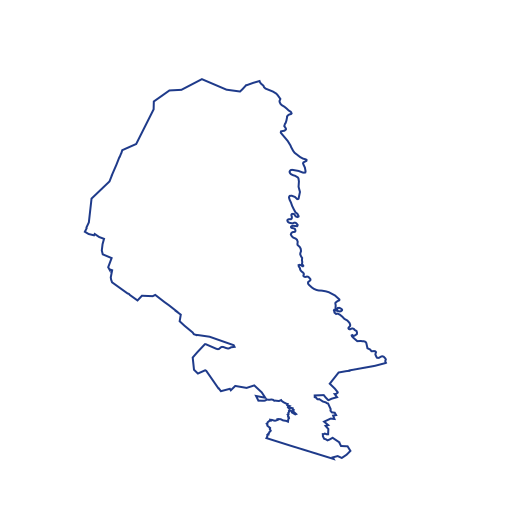 the district of Zvārtavas pag., Valkas, Latvia, rotated 27°
{"feature_id": "27541924B49399924673855", "entity_name": "Zvārtavas pag.", "entity_type": "district", "adm_level": 2, "iso_a3": "LVA", "parent_name": "Latvia", "parent_adm1": "Valkas", "projection": "robinson", "projection_center": [26.269, 57.593], "detail": "fine", "context": "isolated", "style": "outline", "palette": "blue", "viewbox_px": 512, "rotation_deg": 27, "n_neighbors": 0, "source": "geoboundaries", "source_scale": "gbopen_adm2", "svg_char_len": 6133}
<svg xmlns="http://www.w3.org/2000/svg" viewBox="0 0 512 512"><g transform="rotate(27 256 256)"><path d="M348.0,413.5L373.1,409.3L417.3,401.6L415.8,400.6L419.6,397.2L424.1,397.0L424.4,396.5L426.9,392.0L428.6,386.8L424.0,384.0L418.0,386.7L415.0,384.5L414.9,384.2L406.8,383.2L404.8,386.2L403.4,387.8L401.5,387.6L399.7,387.9L397.5,386.3L396.4,384.4L397.1,384.1L397.9,383.0L400.1,382.7L401.2,382.1L399.0,377.3L395.1,375.8L397.1,373.9L391.9,372.7L396.3,367.0L399.9,365.6L397.2,363.2L399.6,361.4L397.3,359.9L394.5,360.9L392.6,360.0L392.0,358.5L387.2,354.7L385.7,355.0L384.8,354.7L381.6,355.3L377.3,354.8L376.4,355.6L375.2,355.6L373.8,354.9L372.4,355.1L371.6,353.6L379.5,349.2L382.2,350.4L385.7,351.6L386.1,351.5L388.2,348.8L392.3,345.0L388.8,343.3L389.9,342.6L390.8,340.8L390.7,340.3L386.5,338.4L379.7,336.3L382.5,322.3L388.7,317.6L391.4,315.9L391.2,315.5L411.9,299.8L420.1,292.5L420.3,292.2L419.3,291.5L418.8,290.7L418.7,289.4L418.5,289.1L417.6,288.5L415.6,287.8L414.3,287.9L413.3,288.6L411.7,291.0L411.0,291.4L409.9,291.7L408.8,291.0L407.1,289.6L406.8,288.6L406.6,287.2L406.0,286.9L405.1,286.8L402.1,288.4L400.1,287.5L397.2,287.6L393.9,283.6L393.1,283.0L391.8,282.8L390.3,283.2L389.7,283.6L388.0,284.1L384.9,285.9L380.0,284.7L378.0,284.0L377.3,283.3L377.7,282.7L379.3,282.9L380.0,282.2L381.3,279.9L381.0,278.9L380.7,278.3L379.6,277.2L377.4,277.1L376.5,276.6L375.0,276.7L374.3,277.1L373.0,278.7L371.9,278.9L371.3,278.6L371.0,277.9L371.6,275.7L371.3,274.7L369.9,273.3L368.8,272.8L366.6,272.0L363.3,271.9L360.5,270.9L357.3,270.2L355.0,270.3L354.4,270.5L353.7,271.3L351.6,270.8L351.3,270.2L350.1,269.1L350.1,268.6L355.6,267.5L356.7,266.7L357.3,265.4L357.1,264.8L356.3,264.4L354.0,264.3L352.5,265.1L352.4,265.6L352.6,266.6L352.3,267.0L351.7,267.1L350.7,266.8L349.4,263.8L348.2,262.2L348.0,261.5L349.1,259.2L350.3,257.7L350.2,257.1L349.9,256.8L344.3,255.3L337.3,255.2L334.2,255.8L330.3,257.0L327.4,258.3L325.3,258.8L322.5,259.0L320.1,258.7L316.4,257.7L315.1,257.1L314.6,256.5L314.3,255.5L315.2,253.6L315.4,252.7L315.1,252.1L314.8,251.8L312.4,250.9L311.7,250.9L310.7,251.2L309.8,252.1L309.2,252.4L308.1,252.5L307.4,252.3L307.0,251.7L306.9,250.4L306.3,249.8L305.0,249.3L303.9,249.2L302.3,248.6L301.2,247.7L300.8,247.0L298.8,245.8L298.1,244.8L298.8,244.1L300.2,243.8L302.1,244.0L302.4,243.9L302.6,243.3L302.2,243.0L301.0,242.5L300.5,242.0L300.0,240.4L298.9,239.0L298.0,236.8L296.5,236.0L294.7,234.5L294.2,233.4L293.9,231.2L292.5,229.2L290.9,228.1L288.1,227.3L287.5,226.6L286.7,224.4L285.1,222.9L283.3,222.5L280.8,222.7L279.0,222.2L277.3,221.1L277.1,220.0L277.2,219.1L277.9,218.0L279.6,216.9L279.8,216.1L279.7,215.6L278.8,214.5L278.2,214.2L277.3,214.2L274.9,214.8L274.2,214.5L273.9,213.9L274.3,213.1L275.4,212.2L279.1,210.8L279.2,210.1L279.0,209.4L277.0,208.5L276.0,208.5L275.0,208.9L273.7,210.4L270.5,211.3L268.9,211.1L267.9,210.3L267.7,209.7L268.0,208.9L268.7,208.2L270.4,207.4L270.8,206.4L270.3,205.0L269.0,203.6L268.8,203.0L269.0,202.2L269.9,201.6L271.1,201.4L273.0,202.5L274.0,202.7L275.4,202.4L276.0,201.5L275.8,201.1L273.7,199.6L271.4,199.2L268.3,197.1L265.4,194.9L262.9,192.5L260.5,190.7L258.9,189.0L258.6,187.9L258.8,187.1L260.4,186.1L263.9,185.7L266.9,186.6L267.6,186.2L267.9,185.6L266.1,179.0L262.5,175.0L260.4,170.1L258.6,167.6L257.6,167.0L254.5,166.8L252.1,167.2L249.9,167.2L248.5,166.6L247.7,165.8L247.6,164.9L247.8,164.0L248.2,163.4L249.4,162.7L255.3,160.9L259.8,160.4L260.9,160.0L262.0,159.2L261.7,158.0L259.4,155.0L256.8,153.0L255.8,152.0L255.8,151.0L257.7,148.4L257.5,147.5L256.5,147.3L253.6,147.9L250.4,147.8L243.5,146.5L241.3,145.4L237.7,142.9L236.6,141.9L232.0,139.1L222.3,135.0L222.0,134.7L221.7,133.6L224.5,131.4L225.2,129.7L225.1,129.3L224.7,128.8L222.2,127.4L221.8,124.9L222.0,124.0L221.6,121.5L220.8,118.6L220.3,117.5L220.8,115.8L221.5,114.7L222.7,113.7L223.0,112.9L222.2,112.1L221.4,111.7L219.0,111.5L216.3,110.7L213.5,110.1L210.5,109.9L208.9,109.4L207.4,108.3L206.6,107.3L206.4,105.0L202.2,102.8L200.3,102.1L196.4,101.8L188.5,102.5L186.6,102.0L185.3,100.9L182.0,100.1L180.4,99.2L179.7,98.5L175.0,102.9L170.1,108.1L169.7,108.2L168.2,113.6L167.1,116.7L154.2,121.2L127.5,123.0L114.1,141.8L103.7,147.8L94.8,164.7L98.2,171.8L98.4,210.6L88.8,222.4L89.3,225.5L89.3,226.5L89.6,229.7L89.4,230.0L90.2,238.2L90.9,249.6L91.0,249.6L91.6,256.1L83.4,279.5L91.8,301.9L92.0,307.6L92.5,308.2L92.5,312.1L96.9,312.4L102.3,311.1L102.3,309.6L107.6,310.3L112.8,309.7L113.9,315.1L116.1,321.1L118.7,324.1L128.3,323.4L129.4,333.1L132.1,334.9L131.9,334.3L134.3,334.0L136.3,341.0L137.6,342.8L139.7,344.8L158.7,347.7L159.3,347.5L160.1,347.5L161.3,348.0L170.6,349.4L172.4,343.2L182.2,338.7L183.9,336.4L195.3,338.6L200.7,339.4L210.4,341.3L210.2,341.5L215.6,342.4L217.6,348.8L224.0,350.6L234.3,352.9L236.1,353.9L238.9,353.5L238.9,353.3L240.7,352.6L251.3,349.0L276.6,345.6L278.1,346.7L275.2,348.7L274.2,350.2L273.2,351.1L271.1,351.6L268.3,351.9L267.0,352.4L266.3,353.1L265.1,355.8L264.1,356.4L262.7,356.7L251.3,357.4L250.5,357.8L247.4,368.4L245.7,375.2L252.4,385.5L257.2,387.0L257.6,387.1L262.6,380.9L263.8,380.9L282.6,391.0L282.8,390.8L286.1,392.4L293.0,386.2L294.5,387.1L296.5,381.2L307.5,377.8L313.2,372.1L323.0,374.9L328.6,378.1L319.6,380.7L323.8,383.8L328.7,381.4L329.5,380.9L331.0,378.9L332.9,378.2L335.0,376.8L336.6,376.4L338.0,376.7L338.6,376.2L342.3,374.8L343.8,373.0L344.3,373.4L346.8,373.8L350.6,373.8L351.3,373.5L351.6,374.8L353.6,374.5L353.1,375.2L353.1,376.3L354.9,377.0L355.4,376.3L355.2,375.5L357.9,375.0L358.3,376.0L359.5,376.1L359.3,377.2L360.6,377.8L363.5,378.6L362.9,379.3L359.0,379.1L358.8,378.4L357.6,378.1L356.5,378.2L355.7,379.1L356.2,379.8L356.0,381.1L356.8,382.0L356.2,382.9L357.1,383.5L357.5,384.7L358.3,384.6L359.1,385.6L358.8,386.5L359.7,389.1L357.8,389.2L354.7,390.2L352.2,390.2L349.8,391.2L349.2,391.7L349.7,392.2L348.1,393.9L347.1,394.4L344.7,394.8L343.1,395.4L343.8,396.1L342.8,396.7L342.4,397.8L342.0,398.5L341.9,399.0L342.1,399.7L341.7,400.6L342.6,400.9L342.8,401.6L343.3,402.1L346.7,402.8L346.8,403.0L346.7,403.6L347.0,404.1L348.4,404.9L348.4,405.6L347.8,406.9L348.0,407.8L347.6,408.7L348.2,409.4L347.3,410.2L347.7,410.8L347.8,411.7L348.1,412.0L348.0,413.5Z" fill="none" stroke="#1e3a8a" stroke-width="2"/></g></svg>